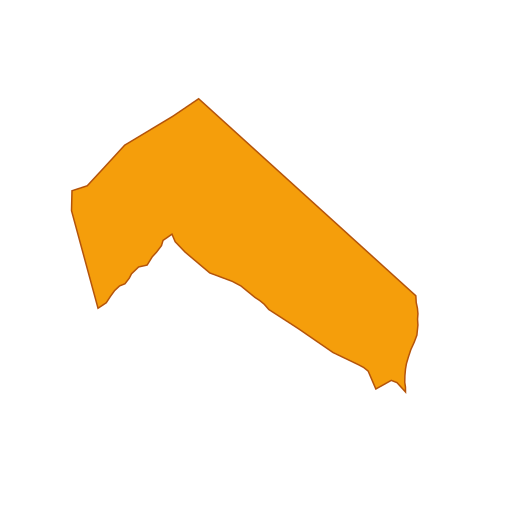 outline of Caiçara do Norte, Rio Grande do Norte, Brazil, rotated 116°
{"feature_id": "56859067B38077643015852", "entity_name": "Caiçara do Norte", "entity_type": "district", "adm_level": 2, "iso_a3": "BRA", "parent_name": "Brazil", "parent_adm1": "Rio Grande do Norte", "projection": "albers", "projection_center": [-36.055, -5.18], "detail": "fine", "context": "isolated", "style": "filled", "palette": "amber", "viewbox_px": 512, "rotation_deg": 116, "n_neighbors": 0, "source": "geoboundaries", "source_scale": "gbopen_adm2", "svg_char_len": 836}
<svg xmlns="http://www.w3.org/2000/svg" viewBox="0 0 512 512"><g transform="rotate(116 256 256)"><path d="M372.2,375.1L363.7,370.1L355.8,369.1L349.0,367.9L342.7,365.5L338.4,361.6L331.5,360.2L326.6,360.1L317.3,356.7L311.9,349.9L302.2,348.9L296.2,347.1L288.1,345.5L282.7,346.4L278.3,343.9L273.2,341.1L278.6,334.9L283.6,321.4L291.5,290.1L289.2,266.3L289.5,256.5L293.7,238.7L294.4,233.0L295.7,227.6L298.5,221.0L302.7,186.3L309.0,144.4L308.8,115.9L309.0,110.3L310.3,104.7L323.0,90.0L308.5,79.9L308.0,73.8L312.7,62.0L308.3,64.2L304.4,66.9L298.3,69.7L292.0,72.1L286.8,73.6L280.3,74.7L272.2,75.8L264.1,76.0L256.6,76.7L247.1,80.2L242.0,83.1L237.0,85.1L232.2,88.0L227.6,91.6L221.7,94.9L139.8,376.5L166.8,392.0L213.9,422.6L244.5,431.7L266.9,438.5L278.0,450.0L296.1,441.7L372.2,375.1Z" fill="#f59e0b" stroke="#b45309" stroke-width="1.5"/></g></svg>